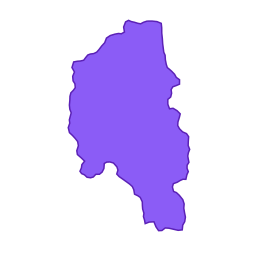 outline of Caputira, Minas Gerais, Brazil, rotated 354°
{"feature_id": "56859067B74666845196583", "entity_name": "Caputira", "entity_type": "district", "adm_level": 2, "iso_a3": "BRA", "parent_name": "Brazil", "parent_adm1": "Minas Gerais", "projection": "robinson", "projection_center": [-42.251, -20.183], "detail": "fine", "context": "isolated", "style": "filled", "palette": "violet", "viewbox_px": 256, "rotation_deg": 354, "n_neighbors": 0, "source": "geoboundaries", "source_scale": "gbopen_adm2", "svg_char_len": 2020}
<svg xmlns="http://www.w3.org/2000/svg" viewBox="0 0 256 256"><g transform="rotate(354 128 128)"><path d="M74.9,149.1L78.1,152.5L81.4,156.4L78.3,159.6L77.5,162.8L75.7,166.0L77.1,168.5L79.8,170.0L82.1,172.7L85.6,173.6L88.4,173.1L91.1,170.7L94.8,171.0L97.6,169.2L99.8,165.8L100.7,160.8L103.3,159.7L106.5,159.9L109.9,161.3L112.9,165.5L113.6,168.8L112.0,172.6L114.1,175.4L117.2,178.1L120.7,181.2L123.7,183.9L126.2,186.7L127.3,190.0L127.6,194.5L130.7,196.4L132.9,198.3L134.5,202.9L134.2,206.7L134.1,210.1L134.9,214.4L134.1,217.7L134.8,221.2L135.1,224.9L139.2,223.8L144.0,224.0L145.5,229.2L147.7,233.3L151.0,233.5L154.6,231.3L158.1,231.9L162.2,233.3L167.2,235.0L171.3,235.0L172.3,230.3L174.6,227.1L175.8,222.6L175.4,218.3L175.1,213.6L175.9,209.4L175.0,205.0L172.0,200.3L169.4,197.3L166.7,195.9L166.0,191.3L167.3,188.1L171.3,187.1L174.5,185.6L177.3,184.7L180.2,185.1L181.7,180.6L183.4,177.7L182.5,174.3L182.9,171.2L185.0,168.5L184.7,165.2L184.5,162.1L185.5,158.8L187.1,155.7L186.0,151.7L186.6,147.4L187.4,143.0L185.6,139.7L181.8,137.5L179.1,134.1L177.7,130.7L178.3,127.2L180.2,122.8L181.4,119.4L178.6,115.9L174.9,113.1L171.3,113.2L170.1,108.5L170.6,103.7L173.7,101.6L175.0,98.0L174.9,94.3L176.9,91.7L180.2,90.9L183.8,89.8L184.3,85.4L181.3,82.7L179.9,79.4L177.4,76.2L175.4,74.0L173.4,72.0L172.7,68.6L172.3,64.2L172.5,59.5L171.5,56.4L171.4,51.9L171.3,47.8L171.5,42.8L171.5,37.2L172.0,31.8L172.0,27.4L167.9,25.2L163.2,24.2L158.1,23.7L154.4,24.5L151.5,25.7L148.7,24.9L145.4,23.5L142.4,22.5L139.8,21.0L136.7,22.2L134.2,27.1L134.5,32.2L131.2,33.6L128.4,33.0L124.7,33.3L120.0,34.2L116.0,36.3L113.7,40.8L110.5,43.6L107.1,47.2L104.8,49.3L101.7,50.4L98.2,50.5L95.6,51.2L93.1,53.7L91.0,56.0L87.5,56.4L84.6,56.3L80.9,56.6L78.6,62.0L80.6,66.7L78.4,70.8L78.3,75.4L79.8,78.4L79.8,82.3L77.6,84.8L74.9,87.0L73.6,90.4L73.1,94.1L72.1,99.1L72.1,103.2L73.1,107.0L71.7,110.6L70.5,113.8L70.6,117.1L68.6,121.4L69.3,126.5L72.0,129.6L74.3,132.7L76.5,136.2L76.8,140.5L74.7,145.2L74.9,149.1Z" fill="#8b5cf6" stroke="#5b21b6" stroke-width="1.5"/></g></svg>